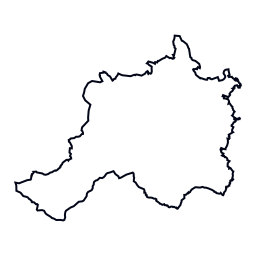 Trim Lea-6, Meath, Ireland
{"feature_id": "5873133B65979893592853", "entity_name": "Trim Lea-6", "entity_type": "district", "adm_level": 2, "iso_a3": "IRL", "parent_name": "Ireland", "parent_adm1": "Meath", "projection": "albers", "projection_center": [-6.857, 53.512], "detail": "fine", "context": "isolated", "style": "outline", "palette": "ink", "viewbox_px": 256, "rotation_deg": 0, "n_neighbors": 0, "source": "geoboundaries", "source_scale": "gbopen_adm2", "svg_char_len": 5820}
<svg xmlns="http://www.w3.org/2000/svg" viewBox="0 0 256 256"><path d="M240.6,84.5L240.3,83.7L239.8,83.7L238.8,82.5L238.8,82.1L236.9,80.3L237.9,79.9L237.1,78.7L235.7,78.2L234.9,79.0L236.4,80.0L236.1,80.7L235.8,80.7L234.6,79.9L234.1,79.0L232.9,78.2L231.9,76.9L231.5,77.1L230.0,76.6L229.0,77.1L228.7,76.8L228.1,75.8L229.6,74.8L228.7,71.3L228.5,69.3L225.4,69.8L224.0,71.2L223.6,72.9L223.6,73.5L225.0,75.6L225.3,76.8L224.9,77.8L223.8,79.2L222.4,80.1L219.1,80.8L217.8,77.1L211.8,79.3L210.1,78.7L209.7,77.9L207.7,78.1L207.2,79.7L205.4,79.6L200.3,77.9L200.1,78.2L196.3,75.2L195.7,74.3L195.2,72.5L193.7,70.8L193.1,69.5L193.7,69.0L194.8,69.2L195.9,68.8L197.0,69.2L197.2,68.8L197.0,68.3L197.9,67.1L199.8,68.2L200.1,67.1L199.2,63.9L195.4,60.9L192.6,60.1L191.6,59.0L191.4,57.8L190.3,57.2L189.0,48.7L188.3,47.9L187.6,45.8L186.7,44.1L183.1,41.2L181.8,40.7L179.7,36.1L174.7,35.6L174.5,37.9L174.0,39.8L173.2,41.4L173.7,45.0L174.5,45.9L174.5,47.6L175.6,48.7L174.1,55.1L173.6,54.7L173.0,54.9L173.7,55.7L173.3,58.3L174.0,58.2L173.9,58.4L172.7,58.8L170.9,57.9L169.7,58.1L166.3,56.0L165.5,57.2L164.7,57.9L162.6,58.6L158.0,61.4L157.7,61.2L157.1,62.5L155.2,62.1L154.9,63.8L153.1,62.8L148.4,61.5L146.9,63.4L148.1,63.8L148.8,64.8L151.7,66.6L151.6,68.5L151.8,71.4L151.3,73.2L150.7,73.7L149.6,73.2L148.7,73.5L148.3,73.9L148.0,73.3L148.1,71.7L147.5,71.1L146.1,72.1L145.0,73.7L141.6,75.6L136.7,74.5L136.1,74.5L135.4,75.2L134.4,74.8L130.5,76.2L122.1,75.2L118.3,73.5L117.4,75.4L115.7,77.5L115.4,78.7L114.1,79.0L113.3,79.5L113.2,80.2L112.5,80.6L110.0,76.4L107.7,75.1L107.1,73.8L105.4,72.7L105.4,72.3L103.5,71.7L103.5,72.6L99.9,73.2L99.6,75.1L100.0,75.5L99.9,76.6L102.4,81.2L100.1,82.3L92.1,81.0L88.1,83.2L84.8,88.8L84.2,92.0L83.0,96.0L85.2,100.3L90.4,104.7L88.7,110.4L88.1,117.6L88.3,120.7L82.1,127.3L81.5,130.4L82.4,131.2L82.9,132.5L83.0,133.9L81.8,134.1L79.8,136.3L77.9,136.8L76.2,136.7L74.2,138.1L70.7,138.5L69.6,139.7L68.8,139.9L68.9,141.7L69.9,142.4L71.8,146.1L71.8,148.4L69.9,148.2L69.5,151.8L69.5,152.6L70.9,153.9L70.0,156.1L71.0,157.3L71.2,158.6L69.1,159.6L68.4,160.6L67.8,159.8L66.4,159.9L63.3,162.2L62.6,162.9L62.0,164.4L60.8,165.5L60.5,166.1L60.6,166.6L60.2,166.7L59.5,168.2L58.5,168.6L57.4,169.9L55.9,170.7L55.5,170.4L54.3,170.8L51.8,172.3L50.2,172.6L48.3,174.0L45.6,174.8L43.7,174.4L42.5,173.5L36.8,172.4L36.2,171.6L33.8,171.8L34.0,172.0L33.6,172.4L33.1,173.5L32.0,174.0L31.9,175.5L31.4,175.5L31.1,178.6L30.7,179.6L27.1,180.2L19.0,183.3L15.4,182.6L16.3,185.4L16.4,190.8L20.6,192.7L23.3,196.1L26.7,196.9L28.0,197.6L29.2,199.1L29.9,199.3L31.8,201.2L31.7,201.9L32.0,202.2L34.0,202.3L36.0,204.2L37.0,204.0L37.9,204.9L37.5,205.9L37.6,206.2L36.8,209.6L37.6,210.5L42.1,210.1L44.1,210.8L45.5,213.3L46.7,214.4L50.8,216.9L51.9,218.0L53.7,218.5L56.3,220.0L60.3,219.9L63.3,220.4L64.3,219.9L65.2,217.4L64.9,215.1L65.3,212.2L65.9,210.8L70.6,207.5L73.8,206.2L78.7,201.8L82.3,201.3L83.7,200.5L86.6,196.2L86.9,193.9L87.4,192.8L88.3,191.8L90.9,190.6L92.0,189.7L92.7,188.0L92.7,186.2L93.7,184.6L93.9,182.3L94.4,181.6L95.9,180.5L97.4,180.1L99.8,177.8L102.1,178.1L103.7,177.2L104.7,176.2L106.2,174.0L107.4,173.1L109.9,172.5L113.5,171.2L115.5,174.2L118.4,176.3L119.1,178.2L120.6,177.8L126.4,174.6L132.8,172.6L133.5,173.4L133.8,175.1L133.6,176.1L134.2,177.8L133.9,178.9L133.8,181.3L135.7,182.6L137.0,184.8L138.9,187.1L143.9,189.2L144.5,190.6L144.3,191.6L144.6,191.9L144.4,192.5L145.1,192.5L145.6,193.1L145.8,194.9L146.7,195.1L146.8,195.9L146.5,195.7L147.1,197.0L148.4,197.5L151.9,197.7L154.1,198.7L155.4,198.7L156.3,199.2L156.4,200.2L156.2,200.4L156.5,201.1L157.5,201.6L159.8,203.4L159.9,203.7L160.6,203.8L162.3,204.8L164.2,204.2L164.6,205.1L165.8,205.1L166.4,205.6L167.0,205.3L167.6,205.5L168.6,207.1L169.5,207.3L171.0,206.6L172.2,206.6L173.1,207.1L174.0,206.8L175.8,207.8L176.4,207.6L176.8,208.5L177.6,208.7L180.6,204.7L180.8,203.3L181.4,202.3L181.6,200.3L184.4,198.1L184.3,194.9L185.9,194.8L188.3,192.5L188.5,193.1L190.0,192.1L190.9,190.5L192.0,189.3L195.4,187.2L200.0,187.6L202.5,186.9L204.6,187.7L205.8,187.6L208.4,188.4L212.0,189.9L214.3,191.3L214.3,191.8L216.1,192.4L216.4,193.1L219.5,193.7L220.6,193.4L220.8,193.0L222.5,195.0L223.2,195.2L223.7,194.1L224.1,192.3L225.2,191.3L225.6,190.4L226.1,189.0L226.0,188.0L226.4,188.0L226.6,187.5L226.3,186.7L228.2,186.4L228.6,185.7L229.3,185.7L229.4,184.5L230.1,183.7L229.6,182.9L230.6,181.6L230.3,181.3L230.3,180.6L232.0,179.7L232.5,180.2L233.2,179.3L232.2,178.3L232.6,177.3L232.9,175.2L232.6,173.9L233.3,171.5L232.9,171.4L230.5,168.1L229.1,168.6L229.1,167.5L228.7,166.8L227.9,166.7L227.6,166.4L227.7,163.3L229.5,161.1L227.3,160.1L227.4,159.2L227.0,158.2L225.5,157.0L224.7,157.1L224.1,155.9L222.9,156.0L222.0,155.5L223.1,154.5L223.5,153.6L221.7,152.7L221.3,152.1L221.1,151.7L221.3,151.1L220.9,150.6L221.6,149.8L220.6,149.2L221.2,148.0L223.9,149.1L225.4,149.2L225.3,148.8L227.1,145.6L227.9,142.8L227.9,140.2L227.5,138.6L229.1,138.9L229.6,138.1L229.0,136.9L229.4,136.8L229.5,136.1L229.0,135.7L228.7,134.7L233.1,132.2L232.1,131.3L232.1,129.9L233.4,127.1L231.5,125.9L231.6,125.2L233.0,123.8L233.6,122.4L235.1,121.8L235.6,121.3L235.4,120.6L236.7,119.6L237.4,119.5L236.9,118.8L235.3,119.2L235.5,118.7L235.9,118.7L235.5,118.1L234.5,118.4L234.5,119.0L234.2,119.0L234.3,117.9L234.6,117.7L232.1,115.5L232.7,115.1L234.0,112.2L234.6,111.7L233.1,109.9L232.9,108.8L232.4,108.0L232.4,106.7L231.5,106.0L229.6,103.3L228.5,103.7L229.1,101.4L228.0,99.2L227.7,98.8L226.8,99.0L225.8,98.6L223.9,98.4L224.0,97.2L223.8,96.7L222.6,96.3L223.1,95.1L228.3,97.1L230.1,94.9L229.5,93.9L230.6,92.3L232.3,91.1L233.6,89.2L232.6,88.5L234.4,87.8L233.8,87.1L234.6,86.3L234.7,85.8L237.0,85.2L238.4,87.7L239.7,87.7L239.8,86.7L240.0,86.9L240.4,86.4L240.3,85.7L240.5,85.4L240.2,85.3L240.6,85.1L240.4,84.9L240.6,84.5ZM237.9,117.7L238.6,118.8L239.6,119.1L239.9,118.6L239.6,118.1L238.8,118.7L237.9,117.7Z" fill="none" stroke="#020617" stroke-width="2"/></svg>